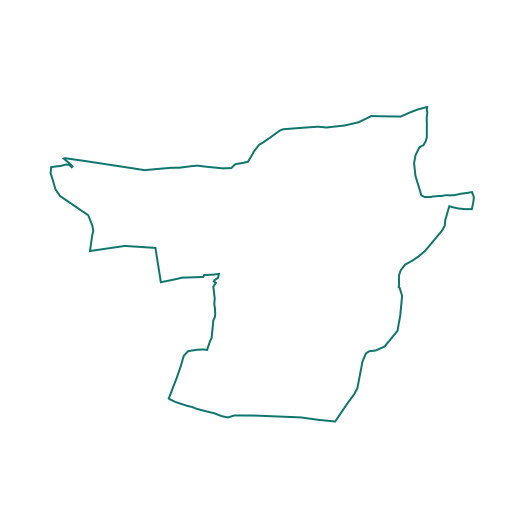 Manzala, Ad Daqahliyah, Egypt, rotated 185°
{"feature_id": "37247803B21688775597596", "entity_name": "Manzala", "entity_type": "district", "adm_level": 2, "iso_a3": "EGY", "parent_name": "Egypt", "parent_adm1": "Ad Daqahliyah", "projection": "natural_earth1", "projection_center": [31.941, 31.153], "detail": "fine", "context": "isolated", "style": "outline", "palette": "teal", "viewbox_px": 512, "rotation_deg": 185, "n_neighbors": 0, "source": "geoboundaries", "source_scale": "gbopen_adm2", "svg_char_len": 2442}
<svg xmlns="http://www.w3.org/2000/svg" viewBox="0 0 512 512"><g transform="rotate(185 256 256)"><path d="M456.0,336.3L447.9,330.5L446.7,329.1L447.3,328.4L449.9,330.5L451.8,330.5L453.1,330.6L458.8,328.6L462.0,328.0L467.8,326.7L467.8,324.7L467.9,320.6L467.2,319.2L464.7,313.1L461.6,304.9L456.5,298.7L454.0,297.3L426.6,281.9L421.5,271.6L420.3,266.8L421.0,262.1L421.8,246.5L387.5,254.6L356.9,255.3L348.5,221.6L334.6,225.7L327.7,228.0L306.8,230.5L306.0,232.5L296.4,233.8L291.4,234.9L291.9,231.0L295.2,228.3L295.8,227.0L293.6,225.8L295.9,221.5L295.2,218.8L293.4,209.9L293.4,204.5L292.2,199.7L291.9,197.1L291.6,195.0L291.6,191.6L292.9,188.2L292.9,184.1L293.1,170.5L294.4,167.1L296.5,158.2L300.5,158.3L307.4,157.3L315.3,155.3L319.3,150.2L321.3,139.9L324.4,127.5L330.5,106.4L329.4,105.8L323.7,103.6L311.5,100.7L306.4,100.0L303.9,99.2L301.9,98.6L297.4,97.8L293.0,97.1L283.4,95.6L278.9,94.2L275.7,93.4L269.9,92.7L263.5,95.3L242.4,97.0L197.5,99.1L179.0,98.2L166.8,98.1L162.7,98.0L152.6,116.2L146.1,127.0L143.5,133.1L140.7,160.2L138.1,168.4L134.9,171.0L128.5,172.3L120.1,177.0L108.5,193.8L107.8,202.1L107.1,209.4L107.0,225.1L107.0,229.1L110.1,236.7L111.2,237.5L110.9,238.7L111.9,248.9L110.6,254.4L106.7,260.4L99.7,265.1L93.9,269.8L88.1,275.8L84.2,281.2L72.6,298.0L70.6,302.8L70.6,308.2L67.8,322.4L63.9,321.7L59.0,321.0L52.3,320.9L45.1,321.5L44.2,328.3L44.1,333.7L46.4,338.5L49.3,337.7L57.6,335.8L63.3,334.0L68.5,333.2L71.7,333.2L76.8,331.9L78.1,331.9L81.9,331.2L85.1,330.7L87.0,330.0L92.8,329.4L96.6,330.8L97.7,333.7L104.2,349.9L106.6,362.2L105.9,370.3L102.7,378.5L98.8,381.1L96.9,385.2L96.2,389.3L97.4,403.5L98.0,408.3L97.9,411.7L97.9,414.4L98.6,415.8L98.5,419.3L99.3,419.1L105.0,417.0L106.9,416.3L107.5,416.1L108.0,415.9L116.1,411.9L124.0,407.5L131.2,407.0L143.4,406.1L153.0,405.5L153.6,405.4L158.9,402.0L160.6,401.1L163.4,399.4L165.7,398.1L170.9,396.4L178.8,393.8L190.3,391.5L197.3,390.1L200.0,390.2L205.6,390.2L215.3,388.7L240.2,384.6L241.9,383.7L243.2,383.0L246.4,380.3L251.3,376.0L254.5,373.3L258.4,370.1L262.6,367.0L263.1,366.3L267.4,359.6L268.3,357.3L272.2,349.2L277.7,347.4L279.4,347.0L281.5,346.5L283.3,346.0L284.3,345.7L285.2,345.0L288.3,341.4L296.9,340.4L303.9,340.5L313.0,340.6L316.8,340.7L322.1,340.9L327.6,340.0L338.5,337.6L340.4,337.2L341.1,337.2L348.7,336.4L351.0,336.0L352.2,335.8L374.6,331.8L385.9,332.6L410.9,334.2L419.8,334.8L426.8,335.2L434.2,335.7L454.8,336.8L456.0,336.3Z" fill="none" stroke="#0f766e" stroke-width="2"/></g></svg>